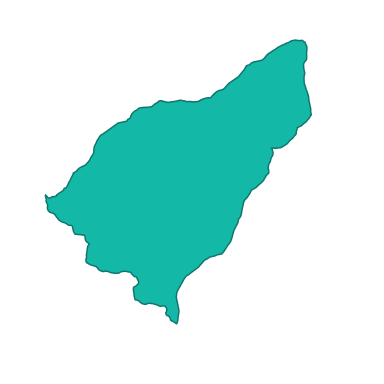 outline of Santa Ana, San José, Costa Rica, rotated 257°
{"feature_id": "36466004B14800778897380", "entity_name": "Santa Ana", "entity_type": "district", "adm_level": 2, "iso_a3": "CRI", "parent_name": "Costa Rica", "parent_adm1": "San José", "projection": "mercator", "projection_center": [-84.193, 9.918], "detail": "fine", "context": "isolated", "style": "filled", "palette": "teal", "viewbox_px": 384, "rotation_deg": 257, "n_neighbors": 0, "source": "geoboundaries", "source_scale": "gbopen_adm2", "svg_char_len": 5999}
<svg xmlns="http://www.w3.org/2000/svg" viewBox="0 0 384 384"><g transform="rotate(257 192 192)"><path d="M221.9,48.7L221.1,48.2L218.1,48.4L215.3,47.7L212.2,48.5L208.6,47.4L206.2,47.7L204.2,48.9L202.9,51.3L201.5,53.0L194.8,55.9L192.5,58.0L191.2,59.9L190.8,61.0L188.5,63.3L187.4,64.2L187.0,65.8L186.5,66.9L186.0,67.5L185.1,67.8L180.9,67.6L179.8,67.8L177.2,68.5L176.9,69.7L176.0,71.9L175.7,73.4L174.7,75.4L174.5,76.9L174.3,77.1L173.3,77.6L172.0,77.8L170.5,77.4L169.2,77.4L168.0,77.7L166.4,78.6L165.9,79.2L164.5,80.2L163.9,79.6L162.7,78.3L160.4,77.2L159.6,77.0L158.7,76.6L157.2,76.2L156.3,75.7L154.3,74.9L152.1,74.6L150.0,73.4L149.1,73.2L147.4,73.2L147.1,73.3L145.2,75.2L144.1,76.5L142.8,78.5L142.3,79.6L140.8,81.9L139.0,83.0L137.7,83.4L137.1,83.8L135.7,85.3L134.8,86.9L134.4,87.7L134.4,90.1L134.0,91.0L132.9,93.2L131.8,94.5L129.8,99.6L129.8,100.8L129.5,101.6L129.5,102.4L130.2,104.6L130.1,108.0L129.7,108.8L129.5,110.2L128.7,111.4L128.3,112.3L128.0,113.5L127.4,114.4L126.9,114.6L126.4,114.6L125.5,115.0L122.6,116.8L121.9,118.4L121.5,118.8L120.5,119.1L119.5,119.1L119.0,119.3L117.8,119.6L116.1,119.7L115.3,119.5L114.7,119.0L113.0,116.2L112.7,115.3L112.5,114.1L112.0,113.5L109.6,112.8L106.4,112.7L104.3,112.3L100.8,112.2L99.7,112.4L99.2,113.8L98.2,115.3L97.7,115.8L96.7,116.3L95.3,117.5L94.2,118.7L93.1,120.9L93.0,122.2L93.2,123.1L93.3,124.9L92.9,126.2L91.8,129.2L90.8,130.6L90.2,132.1L89.4,133.2L88.6,134.0L87.7,135.5L87.6,137.1L87.7,138.4L86.8,140.0L84.4,141.1L83.2,141.2L82.2,140.6L81.3,140.3L80.3,139.5L80.1,139.2L78.2,139.3L77.4,139.8L76.9,140.4L76.6,141.1L75.5,141.9L74.1,142.3L72.1,142.4L71.6,142.6L68.9,145.7L67.4,147.0L67.2,147.0L67.1,147.3L67.5,147.8L68.7,148.5L68.9,148.8L71.4,149.6L72.1,150.0L73.5,150.3L75.7,151.3L75.8,151.4L78.0,152.2L79.2,152.5L81.7,152.7L93.0,153.0L96.4,154.2L97.8,154.8L100.6,157.0L103.0,159.4L104.8,160.8L106.5,162.6L107.4,163.2L110.0,165.7L111.5,167.7L112.3,170.4L113.0,171.6L117.3,181.3L122.7,188.7L123.6,192.3L124.4,194.1L124.5,194.8L124.6,195.1L124.6,199.9L124.7,200.1L124.7,200.6L125.0,201.1L125.0,201.9L125.1,202.1L125.0,207.1L126.8,209.6L133.3,216.3L133.3,216.6L134.0,217.4L135.3,218.7L136.7,219.4L137.5,220.1L137.8,220.1L139.1,221.0L142.6,222.7L143.0,223.1L143.5,223.2L146.5,225.2L147.1,226.0L148.8,227.2L150.9,229.2L154.2,231.0L155.3,231.4L155.4,231.7L157.0,233.6L158.1,234.4L159.4,235.1L159.7,235.1L159.8,235.3L161.5,235.9L165.8,237.8L166.2,238.1L167.6,238.7L168.5,239.2L169.7,239.6L170.1,240.0L170.9,240.2L171.1,240.6L171.4,240.6L171.7,240.9L172.7,242.1L173.6,243.6L174.7,245.0L175.3,245.5L175.7,246.1L176.8,247.1L177.5,248.1L179.4,249.4L180.2,250.3L180.9,251.6L181.2,252.7L181.2,253.3L181.7,254.3L182.1,255.8L182.9,256.8L185.8,262.2L187.4,264.6L188.5,265.3L189.7,266.7L191.5,268.2L193.1,271.0L195.5,271.6L198.2,271.6L201.2,272.7L202.0,273.2L203.3,274.3L203.4,274.6L204.6,275.4L207.3,276.7L209.4,278.7L210.9,279.6L213.2,279.8L216.4,279.8L216.7,279.5L216.7,280.9L215.9,282.4L215.8,283.4L215.6,284.3L215.6,286.4L215.4,286.9L215.3,288.3L215.4,289.3L217.4,295.1L218.0,296.1L219.8,298.4L220.3,299.5L220.9,300.1L221.4,301.5L222.0,302.6L223.3,304.0L224.8,306.2L225.2,306.5L227.5,307.3L229.4,308.4L230.8,308.9L231.3,310.4L232.1,313.9L233.4,315.8L234.7,319.0L236.2,320.8L237.7,322.9L239.4,324.4L239.9,325.0L240.2,325.6L243.3,325.7L246.7,326.4L250.8,326.4L251.3,326.5L254.0,326.4L258.8,327.0L263.5,326.8L265.8,326.3L268.9,326.2L272.6,325.8L277.7,326.7L279.4,327.2L281.6,328.3L282.5,328.6L287.5,328.7L291.6,329.5L293.4,330.8L294.4,332.5L295.6,333.5L298.6,334.3L302.7,335.1L304.0,335.7L306.8,336.4L308.5,336.6L309.3,336.2L309.7,336.2L310.3,336.0L312.7,335.8L313.1,334.9L315.0,333.6L315.0,332.0L315.2,331.9L315.3,330.8L316.8,326.7L316.9,325.8L316.9,323.0L316.8,322.9L316.8,322.2L315.8,319.5L315.8,317.4L315.5,317.0L314.7,312.5L313.7,308.6L312.0,304.5L311.3,302.1L310.7,300.9L310.7,300.4L310.3,299.8L309.7,297.7L308.4,295.5L306.1,292.6L305.4,291.5L304.9,290.0L304.6,288.9L304.8,281.7L304.4,279.1L304.1,278.4L303.7,277.6L303.0,277.0L302.9,273.9L302.6,273.3L301.7,272.4L299.9,271.0L293.6,262.7L293.5,262.1L293.1,261.4L293.1,261.1L292.8,260.6L292.0,258.3L291.7,257.9L291.5,257.2L291.3,257.1L291.2,256.3L291.0,256.1L290.7,255.1L290.4,254.6L290.1,253.6L289.9,253.3L289.7,252.6L289.4,252.5L289.4,252.1L289.0,251.7L288.6,250.8L287.3,249.2L286.6,248.0L285.9,247.3L285.7,246.7L285.0,245.5L284.8,244.8L284.8,240.7L284.1,238.4L283.7,237.9L283.7,237.5L283.2,237.0L283.1,236.6L282.6,235.7L282.6,235.3L282.0,234.9L281.4,233.6L281.1,233.4L280.5,232.5L280.0,232.1L279.7,231.1L279.7,230.4L280.2,229.2L280.4,226.3L280.2,225.6L280.2,224.2L279.8,221.9L279.7,221.8L279.7,221.4L279.5,221.2L279.5,220.8L279.3,220.5L279.3,219.8L278.9,219.2L278.9,217.0L279.1,216.4L279.1,215.7L279.3,215.5L279.3,214.4L279.8,212.7L280.4,211.2L280.6,210.1L280.8,209.8L280.8,208.7L281.1,208.2L281.2,207.5L281.8,206.2L282.6,204.9L283.1,203.3L283.8,202.2L284.1,201.2L284.1,196.8L284.6,189.7L284.7,189.0L285.4,187.1L286.1,186.1L286.7,184.5L287.6,183.3L287.7,183.1L287.8,183.0L287.9,182.1L288.1,181.7L288.0,180.2L287.6,179.3L286.9,178.5L286.9,178.2L286.7,177.9L286.5,176.7L285.9,175.1L285.0,173.7L285.0,173.4L284.3,172.4L284.3,169.1L284.8,166.3L285.0,165.7L285.2,164.4L285.4,162.8L285.6,162.2L285.6,159.4L285.2,158.2L284.5,157.2L284.1,156.2L283.7,154.2L283.4,153.6L282.8,152.9L282.2,151.8L281.2,150.5L280.4,150.1L279.9,149.6L278.1,148.4L277.7,147.9L277.4,146.9L277.2,145.8L276.6,145.1L275.8,144.6L275.7,144.5L275.8,135.5L268.7,118.6L268.1,116.5L267.6,115.5L266.2,113.8L265.7,113.6L265.0,112.8L264.2,111.9L263.4,111.1L260.5,109.0L258.7,107.4L257.5,106.7L256.3,106.3L256.1,106.1L253.1,105.4L252.6,105.1L251.9,104.7L249.9,102.9L248.3,101.1L246.1,99.6L242.3,94.5L240.9,88.4L239.6,85.7L238.2,84.1L237.1,80.5L236.5,80.4L235.7,79.9L233.0,77.5L232.3,77.1L230.2,75.4L229.1,74.2L226.6,72.4L224.9,70.9L224.6,70.4L224.2,68.4L224.0,68.0L222.9,67.4L222.4,66.9L221.0,62.9L219.5,59.4L218.5,58.7L218.5,56.9L218.8,55.7L218.8,54.5L218.2,52.6L218.2,51.1L219.2,50.3L221.9,48.7Z" fill="#14b8a6" stroke="#0f766e" stroke-width="1.5"/></g></svg>